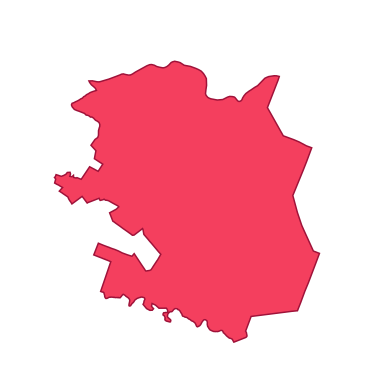 the district of Frontera Hidalgo, Chiapas, Mexico, rotated 285°
{"feature_id": "50627088B52793228533805", "entity_name": "Frontera Hidalgo", "entity_type": "district", "adm_level": 2, "iso_a3": "MEX", "parent_name": "Mexico", "parent_adm1": "Chiapas", "projection": "mercator", "projection_center": [-92.233, 14.753], "detail": "fine", "context": "isolated", "style": "filled", "palette": "rose", "viewbox_px": 384, "rotation_deg": 285, "n_neighbors": 0, "source": "geoboundaries", "source_scale": "gbopen_adm2", "svg_char_len": 5782}
<svg xmlns="http://www.w3.org/2000/svg" viewBox="0 0 384 384"><g transform="rotate(285 192 192)"><path d="M72.3,129.5L72.1,131.4L72.3,131.9L72.2,132.4L72.0,132.9L71.4,133.2L70.1,134.0L69.5,134.4L68.5,134.7L68.0,135.0L67.3,135.7L66.9,136.3L67.0,136.7L67.3,137.5L67.6,137.8L67.8,138.1L68.6,138.9L68.9,139.3L69.1,139.9L69.2,140.4L69.5,140.8L69.6,141.3L69.7,141.9L69.8,142.5L70.0,143.1L69.9,143.6L70.2,144.3L70.1,144.9L70.2,145.4L70.8,147.2L70.7,147.7L70.8,148.1L71.1,148.4L71.0,148.9L71.2,149.9L71.5,150.1L72.4,150.5L72.7,150.7L73.5,151.0L73.9,151.1L74.2,151.3L74.6,151.5L74.9,151.6L75.2,151.8L75.4,152.2L75.3,152.5L75.1,152.9L75.1,153.4L74.7,154.3L74.2,155.1L73.8,156.3L73.5,157.1L73.2,158.0L72.8,158.5L72.1,159.4L71.7,159.7L71.2,159.9L70.5,160.0L69.9,160.1L67.6,160.2L66.8,160.3L66.0,160.5L65.7,160.8L65.7,161.2L66.0,161.8L66.4,162.2L66.9,162.3L68.0,162.7L68.5,162.9L69.0,163.1L69.9,163.8L70.2,163.9L70.5,164.1L71.0,164.2L71.7,164.5L72.2,164.6L72.5,164.7L72.8,164.8L73.4,165.2L73.9,165.7L74.4,166.0L74.7,166.2L74.9,166.5L75.3,166.9L75.4,167.2L75.7,167.5L76.3,168.3L76.5,168.8L76.7,169.2L77.1,169.6L77.3,170.2L77.6,170.8L77.5,173.4L76.3,174.3L74.3,173.9L72.5,174.1L70.8,173.8L67.6,178.3L66.8,181.9L67.5,184.2L69.3,185.1L71.1,182.5L74.0,182.3L73.3,186.1L71.2,190.2L73.1,197.1L73.1,197.4L72.1,198.5L71.6,198.9L70.5,199.5L69.8,199.6L69.5,199.3L69.3,199.0L69.0,198.5L68.9,198.1L68.8,197.7L68.7,197.4L68.4,197.1L68.1,196.0L67.8,195.8L66.8,195.6L66.2,195.7L65.6,196.0L65.4,197.1L64.9,197.5L64.4,197.8L64.1,198.2L63.4,198.8L62.5,198.6L61.7,198.9L61.1,199.4L60.9,200.0L60.7,200.7L60.7,201.9L60.7,203.1L60.7,204.1L61.0,204.8L61.6,204.8L62.4,204.8L63.0,204.4L63.5,203.5L64.6,201.2L65.4,200.5L66.7,200.3L67.5,200.2L68.8,200.6L70.1,201.4L71.0,202.5L71.1,203.4L71.8,203.9L73.8,204.8L74.4,205.3L75.0,205.8L75.1,206.4L75.4,207.8L75.2,208.5L74.8,208.7L74.7,209.9L74.1,211.0L73.3,211.8L71.3,213.9L70.8,214.3L70.1,214.6L69.6,215.4L69.7,216.4L69.5,217.1L69.3,217.7L69.5,218.7L69.4,219.3L69.4,219.9L68.9,220.8L68.5,221.7L68.4,222.6L68.1,223.7L67.8,224.1L67.5,224.7L67.4,225.5L67.3,226.0L67.3,226.6L67.1,227.0L66.8,227.7L66.5,228.3L66.3,228.8L65.7,229.3L65.3,229.8L64.7,230.2L63.4,231.3L63.2,232.0L63.3,232.4L63.8,232.9L64.2,233.4L64.8,234.0L65.7,234.5L67.2,235.0L68.5,235.2L70.4,235.9L71.3,236.3L71.9,237.1L72.1,238.1L71.7,239.1L71.4,239.8L69.9,240.6L68.3,240.9L67.2,241.4L66.6,241.8L66.0,242.0L65.8,242.6L65.4,242.9L64.3,243.9L64.0,244.5L63.6,244.9L63.4,245.3L63.3,246.0L63.1,246.9L63.1,247.6L62.9,248.3L62.9,249.1L63.3,251.0L63.6,251.8L63.8,252.9L64.5,254.1L65.7,255.5L65.9,256.3L66.0,256.8L65.8,257.4L65.5,257.8L64.9,258.2L64.7,258.6L64.2,258.7L63.9,259.5L63.6,260.1L62.4,262.0L62.1,262.4L61.5,263.6L61.2,264.4L60.8,265.0L60.5,266.5L60.6,267.4L60.4,268.1L60.2,269.0L58.6,270.5L57.8,271.3L65.2,281.3L65.9,282.0L66.3,282.2L67.2,282.4L68.0,282.0L69.0,281.6L69.4,281.3L70.4,280.9L71.0,280.3L71.4,279.8L87.1,281.3L97.7,307.3L102.6,319.3L104.6,324.6L113.4,325.6L125.4,326.7L134.5,327.9L156.3,330.1L165.7,331.0L166.4,324.5L184.6,309.5L188.2,306.6L199.5,299.1L214.7,290.3L242.1,293.8L250.9,294.8L265.7,296.2L266.2,290.6L268.1,282.4L268.9,276.6L269.9,265.6L274.9,260.7L288.0,247.9L293.0,243.0L322.3,246.2L326.2,246.4L326.1,243.7L325.6,241.4L323.4,236.3L322.4,234.9L320.7,232.9L313.5,228.9L311.7,227.9L309.2,225.4L305.8,222.5L304.2,221.0L301.0,218.5L298.4,217.3L295.7,216.5L294.2,216.4L292.9,215.8L291.9,214.7L291.6,213.5L292.0,212.3L294.0,209.6L294.5,208.8L294.7,208.1L294.6,206.2L294.1,203.7L292.8,201.7L289.3,197.8L287.4,192.6L286.9,186.1L287.1,184.2L287.5,182.7L289.0,180.6L290.5,179.6L294.3,179.0L298.7,178.5L305.3,176.5L307.2,174.8L309.4,172.4L311.1,169.7L311.9,166.8L312.4,163.7L312.9,158.0L312.4,151.7L313.9,147.1L314.0,145.2L313.8,141.4L312.6,139.4L311.6,138.3L308.9,136.9L306.9,135.5L305.4,133.8L304.4,131.9L304.1,128.0L304.1,125.4L304.7,122.9L304.7,120.1L304.3,118.9L304.0,118.1L302.2,115.7L293.2,106.3L290.5,103.9L289.1,102.2L288.5,100.4L288.3,97.2L288.3,95.1L287.5,93.3L286.6,92.3L284.2,89.0L279.5,82.4L275.1,75.2L274.3,73.7L273.9,71.8L273.6,67.0L272.6,63.7L271.4,64.7L270.5,65.8L269.5,67.1L268.3,69.7L267.1,71.9L265.4,73.4L263.3,70.1L261.7,67.9L260.2,66.6L258.6,64.8L257.4,64.2L256.0,62.7L254.2,61.8L253.6,60.9L251.3,58.8L250.0,57.4L248.9,56.0L247.8,54.9L246.6,53.2L245.1,53.0L244.3,53.4L243.1,54.4L241.3,57.0L240.9,59.7L240.8,61.6L240.1,67.8L238.9,69.8L239.1,71.4L238.9,72.8L238.1,74.5L238.5,75.9L237.9,77.8L236.8,79.4L236.3,80.4L235.9,82.2L235.1,84.2L233.3,85.5L231.6,85.9L229.6,85.8L227.1,85.8L224.8,86.4L222.4,87.0L220.2,86.8L217.6,84.7L211.0,82.3L207.0,88.5L198.9,89.1L195.8,98.6L187.7,96.0L189.9,86.6L175.6,81.7L176.1,77.1L175.5,76.5L175.4,73.9L177.4,73.2L175.7,72.1L175.5,69.9L178.0,70.0L179.5,69.1L178.6,66.5L176.5,65.6L174.9,63.9L173.3,61.7L173.5,58.6L173.6,56.2L171.3,56.0L170.5,55.4L169.2,57.0L165.1,57.0L164.4,59.7L164.2,61.2L163.5,63.3L162.9,65.8L158.5,63.6L155.1,73.4L153.5,74.6L152.0,76.1L151.0,77.4L149.4,79.1L159.3,87.0L158.2,88.5L154.2,93.6L155.1,94.5L155.9,95.7L161.9,103.9L161.6,104.2L160.7,104.7L160.1,105.5L161.6,108.2L162.3,108.9L161.7,110.5L161.9,111.5L162.0,112.8L162.0,113.5L160.6,118.9L159.4,124.0L158.7,125.1L156.1,123.5L155.7,123.2L150.6,117.8L149.9,118.3L143.3,123.1L142.9,124.5L142.1,126.4L140.6,130.5L138.9,134.8L135.6,143.7L134.9,145.3L134.8,145.7L135.4,147.2L143.9,153.7L143.2,154.3L138.7,156.4L138.4,156.7L135.0,161.7L133.4,163.9L131.9,166.2L125.5,175.3L123.8,178.0L117.3,176.3L116.7,176.0L109.5,173.6L108.4,173.3L106.2,172.5L105.4,171.6L103.8,168.1L103.9,167.5L105.4,165.9L108.4,162.4L111.5,158.9L115.2,154.7L117.5,152.1L114.4,150.6L114.6,145.8L115.1,140.3L116.0,136.2L116.5,132.4L116.7,129.2L117.6,120.2L118.3,114.8L105.8,113.4L104.0,129.3L103.7,131.6L94.8,131.0L85.6,130.4L76.8,129.8L72.3,129.5Z" fill="#f43f5e" stroke="#9f1239" stroke-width="1.5"/></g></svg>